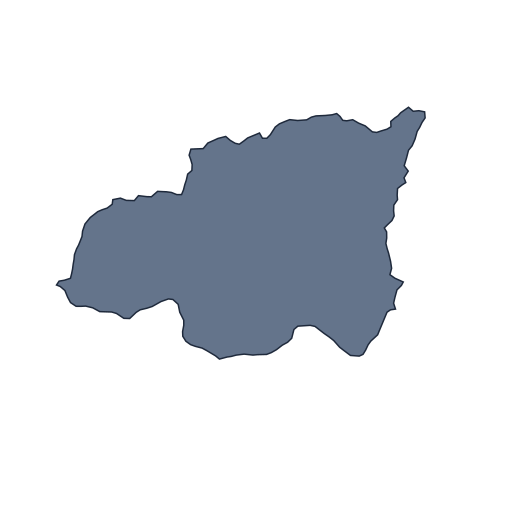 Buritama, São Paulo, Brazil (Robinson projection), rotated 345°
{"feature_id": "56859067B40000060278467", "entity_name": "Buritama", "entity_type": "district", "adm_level": 2, "iso_a3": "BRA", "parent_name": "Brazil", "parent_adm1": "São Paulo", "projection": "robinson", "projection_center": [-50.2, -21.059], "detail": "fine", "context": "isolated", "style": "filled", "palette": "slate", "viewbox_px": 512, "rotation_deg": 345, "n_neighbors": 0, "source": "geoboundaries", "source_scale": "gbopen_adm2", "svg_char_len": 2414}
<svg xmlns="http://www.w3.org/2000/svg" viewBox="0 0 512 512"><g transform="rotate(345 256 256)"><path d="M69.2,258.0L73.9,259.3L78.5,260.3L84.9,263.8L90.7,269.3L102.0,272.7L106.4,275.4L112.2,282.0L117.8,283.7L125.7,279.4L130.2,278.0L137.0,278.2L142.7,277.9L152.5,275.4L160.3,274.8L164.5,276.5L168.3,282.5L167.8,290.6L169.6,299.3L168.3,304.2L165.5,310.1L164.5,314.6L166.2,320.2L169.9,324.7L174.1,327.6L180.1,331.0L184.1,334.8L191.1,342.0L194.0,346.1L201.9,346.1L206.0,346.6L211.2,346.6L219.1,347.7L227.4,350.9L232.0,351.7L240.7,353.8L245.7,353.3L251.5,351.8L258.4,348.9L264.2,347.5L269.2,344.7L273.6,336.8L278.3,334.6L290.4,337.0L294.8,339.3L301.8,348.5L305.7,353.1L309.2,357.8L313.2,365.8L316.1,369.6L321.5,376.5L329.8,379.4L333.9,378.7L337.5,375.3L341.3,370.8L344.9,367.9L353.1,363.6L355.6,360.3L368.0,344.2L372.0,342.8L377.0,343.4L376.7,337.2L379.5,331.9L383.4,325.2L388.8,322.1L391.5,319.2L384.4,313.4L380.5,308.7L383.8,303.0L384.6,296.0L384.8,287.5L384.6,283.1L384.7,277.5L386.9,272.5L388.4,266.5L387.2,262.1L390.8,260.0L396.5,256.9L399.8,253.1L400.6,248.0L402.3,242.5L407.3,238.2L408.1,233.8L410.2,227.4L415.4,225.2L419.7,223.8L419.2,218.8L425.0,213.4L422.5,207.2L426.8,200.2L430.7,193.3L435.3,190.0L439.9,184.2L443.9,177.4L447.4,174.1L450.9,170.0L455.1,166.4L456.2,160.4L450.9,157.8L445.3,156.9L441.8,151.8L436.6,153.7L432.8,155.1L429.5,157.3L425.8,158.6L421.0,160.9L419.8,166.1L415.4,167.4L408.6,167.6L404.6,167.9L400.5,166.2L395.2,158.6L389.5,154.2L384.7,149.4L378.6,148.9L374.9,147.4L373.3,143.0L370.8,139.3L366.0,139.3L359.3,138.2L350.2,136.2L345.4,136.2L340.2,137.6L331.3,135.9L323.8,133.0L318.4,133.6L312.8,134.4L308.0,136.4L301.3,142.5L296.9,145.1L292.7,143.9L291.2,138.1L278.5,139.8L274.1,141.7L268.8,143.7L265.0,141.7L261.0,137.6L257.7,132.7L249.7,132.6L245.7,133.3L238.7,134.4L232.8,138.6L220.8,135.9L217.5,141.3L217.9,145.8L218.0,151.1L216.2,156.8L211.2,159.2L208.3,164.7L205.6,168.8L203.1,173.3L200.0,177.4L195.4,176.2L190.7,172.7L186.1,170.8L182.3,169.6L177.7,168.1L170.3,171.7L166.1,170.5L158.1,167.3L152.8,171.0L145.1,168.7L140.0,165.0L132.3,164.5L130.5,168.8L124.6,171.2L119.4,171.5L114.6,172.2L105.9,175.9L99.1,180.8L94.9,187.1L93.0,192.1L90.2,195.9L87.4,199.6L84.5,202.7L81.0,207.7L79.3,212.3L77.3,216.6L75.4,221.2L73.3,225.4L71.0,229.5L64.6,229.8L59.3,229.3L55.8,232.4L59.0,234.8L62.5,239.9L63.4,247.0L64.8,253.0L69.2,258.0Z" fill="#64748b" stroke="#1e293b" stroke-width="1.5"/></g></svg>